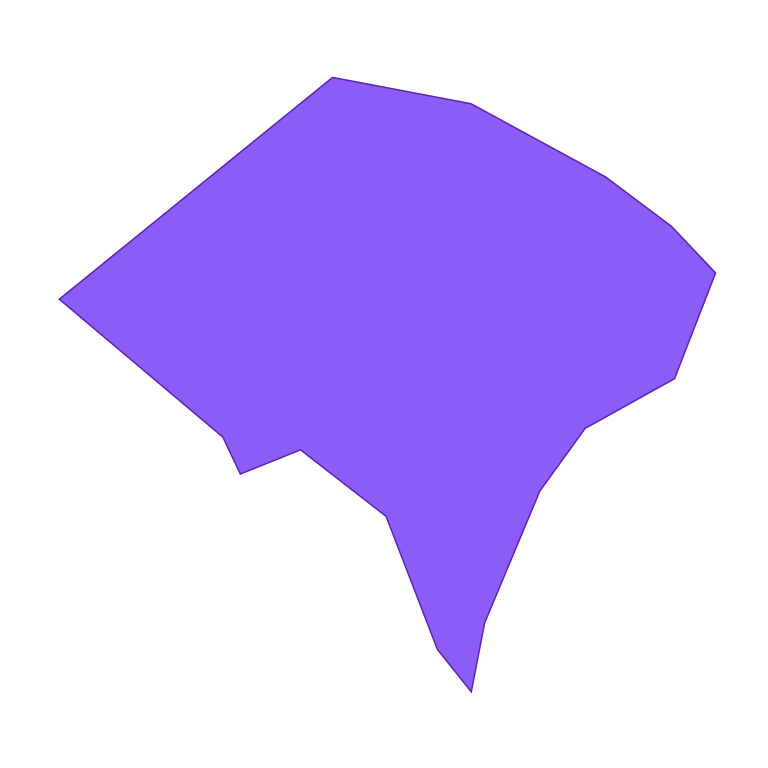 map outline of Dobrovnik (Equal Earth projection), rotated 92°
{"feature_id": "SVN-271", "entity_name": "Dobrovnik", "entity_type": "Municipality", "adm_level": 1, "iso_a3": "SVN", "parent_name": "Slovenia", "parent_adm1": "", "projection": "equal_earth", "projection_center": [16.364, 46.652], "detail": "fine", "context": "isolated", "style": "filled", "palette": "violet", "viewbox_px": 768, "rotation_deg": 92, "n_neighbors": 0, "source": "natural_earth", "source_scale": "10m", "svg_char_len": 406}
<svg xmlns="http://www.w3.org/2000/svg" viewBox="0 0 768 768"><g transform="rotate(92 384 384)"><path d="M688.6,286.0L647.5,321.3L516.2,377.3L452.7,465.2L479.0,524.4L476.9,525.5L442.7,543.2L310.6,711.5L79.4,446.1L100.9,306.8L169.4,169.7L216.5,102.1L261.5,56.5L337.2,82.9L368.5,93.8L421.3,181.4L485.5,224.5L619.3,275.1L683.5,285.2L688.6,286.0Z" fill="#8b5cf6" stroke="#5b21b6" stroke-width="1.5"/></g></svg>